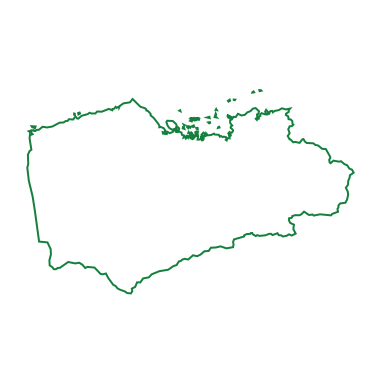 Pohuwato, Gorontalo, Indonesia (Mercator projection), rotated 176°
{"feature_id": "22746128B36723886609479", "entity_name": "Pohuwato", "entity_type": "district", "adm_level": 2, "iso_a3": "IDN", "parent_name": "Indonesia", "parent_adm1": "Gorontalo", "projection": "mercator", "projection_center": [121.655, 0.703], "detail": "fine", "context": "isolated", "style": "outline", "palette": "green", "viewbox_px": 384, "rotation_deg": 176, "n_neighbors": 0, "source": "geoboundaries", "source_scale": "gbopen_adm2", "svg_char_len": 6108}
<svg xmlns="http://www.w3.org/2000/svg" viewBox="0 0 384 384"><g transform="rotate(176 192 192)"><path d="M335.3,124.7L333.2,124.4L331.3,125.6L329.0,125.6L320.4,130.8L313.4,128.9L309.4,129.3L306.4,127.1L303.8,123.6L301.6,124.6L294.5,123.4L289.0,116.7L286.9,116.1L283.5,116.7L281.6,112.1L276.9,104.7L274.9,103.7L273.0,101.0L270.9,99.7L265.4,97.2L263.8,95.7L260.0,95.1L258.4,97.4L258.8,99.8L255.3,101.3L253.1,105.7L249.9,105.4L246.8,109.2L240.9,109.9L238.0,112.7L230.0,115.3L221.2,116.1L215.9,119.3L212.5,120.2L209.9,123.7L208.1,123.9L206.5,125.2L204.1,125.9L200.5,124.9L195.4,128.8L191.3,127.6L187.8,129.0L183.8,132.0L179.5,132.0L177.0,135.1L172.0,135.0L167.3,135.8L161.6,133.4L154.9,134.1L154.2,136.7L154.5,139.3L153.4,141.8L143.1,144.0L143.0,145.1L140.5,146.2L136.8,146.2L136.2,146.9L134.8,146.9L134.3,145.6L131.5,143.6L130.0,144.4L127.6,143.5L121.6,143.7L118.0,144.9L115.9,144.7L114.7,143.4L109.6,144.9L108.5,142.9L106.0,142.5L104.5,141.3L100.7,141.7L98.2,143.0L95.5,141.6L91.5,143.3L93.5,147.9L92.6,152.3L96.3,154.4L97.3,157.2L96.9,159.1L94.9,159.1L93.9,159.8L93.6,161.0L90.7,161.7L86.6,161.3L84.5,162.1L81.6,164.6L76.9,160.9L73.3,161.1L72.2,160.0L65.8,160.8L54.9,159.0L53.6,160.4L47.7,162.1L48.1,164.9L47.0,166.4L46.9,168.3L45.1,170.2L39.7,170.6L37.8,173.7L36.4,178.4L36.6,181.5L38.2,185.5L35.9,188.3L35.3,192.4L33.8,195.2L33.3,197.7L29.4,200.0L30.8,203.1L33.4,204.4L35.4,207.9L37.9,209.1L41.2,212.3L43.2,212.0L48.7,213.4L51.7,211.1L52.6,211.8L52.9,214.5L51.6,216.5L51.7,217.5L55.5,225.5L59.1,226.0L63.0,229.6L65.8,230.4L67.5,232.1L74.1,232.9L75.9,234.5L77.1,237.0L78.3,236.8L81.2,233.5L85.7,234.8L87.6,234.5L90.2,237.7L91.0,237.7L92.6,241.2L90.5,243.8L91.6,247.9L90.0,250.7L87.7,250.8L86.2,252.1L87.0,252.9L87.0,255.8L88.5,257.5L90.6,257.9L90.7,260.7L93.0,262.3L92.7,263.6L90.0,265.1L89.8,266.8L88.3,268.4L92.6,267.8L96.4,269.2L99.7,267.6L104.0,267.1L105.8,265.8L106.4,267.3L107.9,267.2L108.7,266.8L109.5,264.7L112.5,263.8L111.3,264.5L110.7,266.7L112.3,268.8L113.4,267.1L112.8,264.5L113.6,264.3L117.1,265.8L118.4,264.8L118.5,263.1L119.8,262.9L120.3,260.4L121.9,260.2L122.3,259.4L123.3,260.6L121.6,262.2L121.8,264.8L120.5,265.2L119.5,267.8L122.7,271.3L125.5,270.9L128.0,268.6L131.2,267.6L134.1,265.2L137.3,264.9L140.7,266.8L143.2,263.7L145.3,264.1L147.2,261.6L149.0,260.9L149.1,258.1L147.2,255.5L148.6,254.7L149.0,253.4L147.0,251.3L146.8,250.0L148.1,248.5L149.8,248.7L149.4,245.6L150.6,244.9L150.7,242.9L152.9,243.2L153.8,241.0L154.7,241.7L153.7,243.2L154.1,244.2L156.4,245.0L157.4,244.6L159.2,245.9L160.3,245.2L161.3,247.2L165.5,247.8L166.1,248.7L168.7,247.6L172.2,247.4L173.5,249.2L173.6,247.3L175.4,246.6L175.3,249.7L176.5,250.5L178.5,248.4L177.2,247.3L176.6,244.4L177.1,243.4L178.1,244.2L178.6,241.9L178.1,246.8L179.2,246.5L179.3,245.0L180.6,243.8L182.8,243.9L182.0,247.1L182.4,250.3L181.8,251.5L183.1,252.2L184.6,251.4L183.9,247.6L186.8,248.6L188.4,251.5L190.2,251.2L190.1,249.7L189.5,250.3L189.2,250.2L189.1,248.9L185.4,246.7L186.4,245.9L187.7,247.0L188.1,246.2L187.1,245.0L187.8,244.7L189.8,245.8L189.8,247.4L191.2,247.9L191.8,246.7L192.5,248.5L193.4,248.5L193.5,246.3L194.4,245.7L195.0,247.5L196.7,246.8L196.1,249.0L198.1,249.8L198.3,252.0L200.6,253.1L202.6,252.7L204.1,253.3L204.0,255.1L205.8,255.0L206.9,253.3L210.1,252.2L212.0,253.6L212.5,252.8L212.9,253.5L213.6,253.2L213.4,251.6L216.9,252.3L217.0,253.6L216.3,253.2L214.2,254.9L215.7,257.6L218.5,259.0L220.1,258.9L219.8,260.1L220.9,262.4L224.9,268.4L228.0,271.4L227.8,272.8L230.1,275.7L231.8,276.5L231.8,277.6L233.2,278.9L237.5,280.6L244.8,288.9L247.6,285.8L254.2,285.2L257.9,283.0L258.8,281.3L258.9,282.4L261.2,281.2L262.2,282.3L263.9,280.5L265.5,280.3L265.8,279.1L269.2,280.7L276.4,278.4L281.0,278.9L282.9,277.1L286.7,277.3L288.7,278.2L290.5,277.0L296.9,275.7L300.2,273.2L301.3,273.2L303.0,275.5L305.5,272.6L309.7,273.2L311.2,271.6L313.2,271.5L315.4,270.3L319.3,270.4L326.6,267.1L332.0,266.5L336.6,267.5L340.3,264.8L342.6,264.8L344.1,263.7L345.9,264.2L345.8,264.7L347.5,264.4L348.8,263.3L347.0,260.8L348.9,260.2L349.6,260.7L350.3,257.1L349.3,245.4L351.3,244.0L353.1,240.6L353.4,231.2L354.6,227.8L354.0,214.7L351.3,198.6L350.0,183.4L348.0,153.2L339.7,151.8L337.0,144.9L337.1,139.4L339.0,133.9L339.1,128.7L336.6,126.8L335.3,124.7ZM207.4,255.5L203.8,256.5L202.7,259.1L203.0,260.7L206.3,264.2L211.8,264.8L212.7,263.5L211.7,259.9L210.1,257.3L207.4,255.5ZM184.5,263.1L182.9,263.3L183.6,265.2L180.1,263.5L179.5,264.8L180.6,265.5L185.8,265.5L185.9,264.2L184.5,263.1ZM149.3,263.0L147.7,263.2L147.5,264.1L150.9,266.2L151.3,265.2L150.7,263.7L149.3,263.0ZM201.6,254.4L200.7,254.9L200.4,256.4L201.5,257.6L203.4,256.4L203.0,255.0L201.6,254.4ZM346.9,267.8L344.2,266.7L343.5,268.3L347.4,268.8L346.9,267.8ZM164.2,265.1L162.2,264.6L163.3,266.0L162.5,267.3L162.9,268.6L164.2,265.1ZM298.6,279.1L300.1,278.7L299.9,277.3L298.2,278.1L298.6,279.1ZM171.7,265.3L169.2,264.5L169.4,265.8L171.7,265.3ZM188.8,265.3L187.0,264.3L186.8,265.8L188.0,266.0L188.8,265.3ZM148.0,281.5L149.8,280.4L149.3,279.6L147.7,280.4L148.0,281.5ZM151.3,246.9L149.9,248.0L150.5,249.1L151.7,247.9L151.3,246.9ZM186.4,256.7L185.2,257.0L185.6,258.3L187.2,257.7L186.4,256.7ZM191.4,255.9L190.6,256.9L192.3,258.0L192.4,257.3L191.4,255.9ZM196.5,257.2L196.8,256.1L195.2,255.5L195.6,256.7L196.5,257.2ZM170.1,259.3L169.1,259.6L169.3,260.5L171.0,260.3L170.1,259.3ZM117.7,288.9L117.5,287.9L115.7,288.2L116.2,288.8L117.7,288.9ZM123.6,288.0L124.7,287.5L124.9,286.9L123.1,287.1L123.6,288.0ZM350.6,264.0L349.4,263.0L348.7,264.5L350.6,264.0ZM181.9,254.2L181.9,255.5L183.2,255.6L183.2,254.9L181.9,254.2ZM189.3,256.2L188.8,256.8L190.1,257.6L190.2,256.9L189.3,256.2ZM160.4,255.2L161.2,255.0L161.6,254.1L160.1,254.4L160.4,255.2ZM303.4,276.9L303.5,278.3L304.1,278.5L304.2,277.3L303.4,276.9ZM162.1,273.1L162.7,272.2L161.5,271.9L162.1,273.1ZM188.8,263.1L187.3,262.4L187.0,262.8L188.0,263.6L188.8,263.1ZM142.9,280.6L142.5,281.1L143.9,281.3L143.9,280.9L142.9,280.6ZM195.5,259.7L195.0,258.5L194.5,259.1L195.5,259.7ZM151.8,245.9L150.8,245.2L150.3,245.6L151.8,245.9ZM198.1,274.4L198.9,274.0L197.9,273.4L198.1,274.4ZM191.6,251.2L190.8,251.1L191.2,252.0L191.6,251.2Z" fill="none" stroke="#15803d" stroke-width="2"/></g></svg>